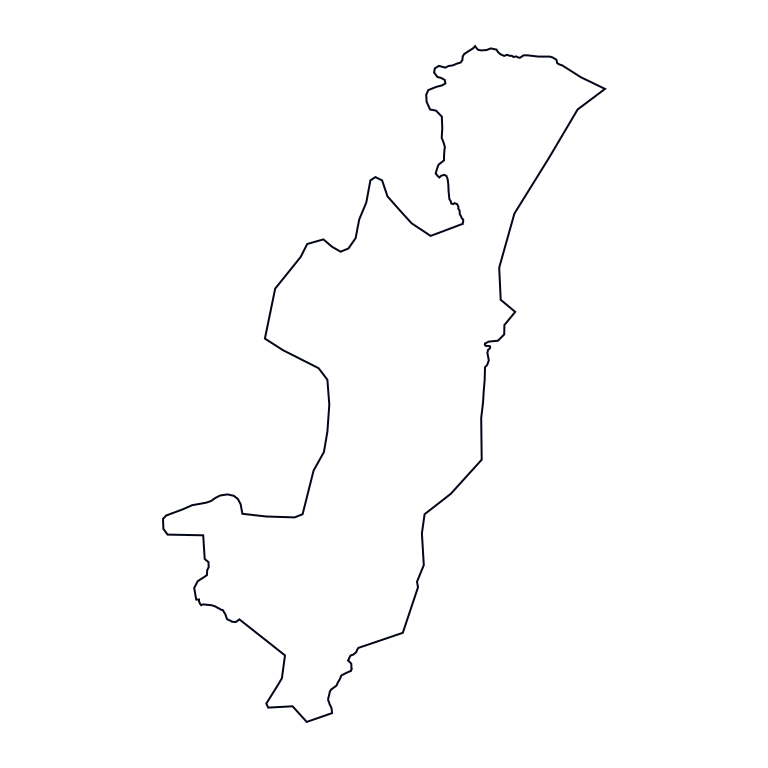 outline of Mopti, Mopti, Mali
{"feature_id": "8926073B6997954969747", "entity_name": "Mopti", "entity_type": "district", "adm_level": 2, "iso_a3": "MLI", "parent_name": "Mali", "parent_adm1": "Mopti", "projection": "natural_earth1", "projection_center": [-4.123, 14.758], "detail": "fine", "context": "isolated", "style": "outline", "palette": "ink", "viewbox_px": 768, "rotation_deg": 0, "n_neighbors": 0, "source": "geoboundaries", "source_scale": "gbopen_adm2", "svg_char_len": 3293}
<svg xmlns="http://www.w3.org/2000/svg" viewBox="0 0 768 768"><path d="M515.2,311.9L500.7,299.8L499.2,267.6L514.4,213.6L549.1,157.7L577.6,109.5L605.0,88.9L581.0,77.3L562.1,65.3L559.7,64.6L557.2,63.2L556.4,59.7L552.5,57.4L549.7,56.6L538.5,56.6L527.2,55.3L523.6,55.3L520.1,57.7L518.5,57.6L516.1,56.4L513.5,57.0L512.0,55.9L509.3,55.7L507.2,54.8L504.1,55.9L500.5,54.3L498.0,52.1L496.5,49.6L494.0,49.1L490.8,48.4L486.7,50.0L481.5,50.4L478.2,49.9L476.2,47.8L475.1,46.1L473.1,48.3L467.9,51.6L464.1,54.1L462.7,56.6L462.4,60.0L460.7,62.5L456.7,63.7L452.8,65.4L448.5,66.0L445.4,67.6L438.8,65.9L434.8,68.4L434.1,72.5L437.4,77.0L440.8,77.8L444.7,79.9L445.4,83.4L442.1,85.4L436.5,86.8L428.3,90.1L426.2,94.7L426.6,101.8L430.1,109.5L436.0,110.6L441.8,116.6L442.3,128.3L441.7,137.9L443.5,142.3L444.9,147.0L444.5,149.3L444.0,156.2L444.0,156.7L444.1,157.8L444.0,160.4L442.1,161.9L438.6,164.6L438.2,165.6L437.2,168.2L435.7,173.4L437.6,175.9L438.9,177.1L439.4,177.5L440.1,176.8L441.1,175.8L444.3,174.8L446.6,176.2L447.7,179.5L448.3,184.4L448.6,191.3L449.4,199.3L450.1,200.2L450.6,200.8L450.8,201.8L451.2,203.5L453.1,204.1L454.4,203.3L454.5,203.2L457.0,204.0L458.3,206.4L458.4,208.9L459.6,210.5L459.8,214.3L460.7,215.7L461.2,216.4L461.6,218.0L463.2,219.6L463.1,222.3L462.9,222.8L462.4,223.8L462.5,223.9L430.6,235.9L411.6,223.3L399.6,210.1L387.5,196.4L382.1,180.4L375.4,177.1L370.4,180.4L366.3,202.5L359.2,219.5L355.6,238.2L348.4,248.5L340.6,251.7L332.1,246.8L323.4,239.4L315.3,241.7L307.2,244.0L300.7,256.9L275.2,288.6L264.9,338.6L283.2,350.3L318.6,368.2L327.4,379.8L329.3,404.8L327.4,431.6L323.9,452.1L313.6,470.5L302.6,514.2L294.6,517.4L266.3,516.5L242.4,513.8L240.6,504.1L237.9,499.0L233.8,495.8L227.6,494.4L220.1,495.5L215.1,498.1L211.1,501.0L206.4,502.6L201.7,503.5L196.0,504.5L192.1,505.2L183.1,509.2L166.2,515.5L163.0,518.9L163.4,528.9L167.6,534.6L203.2,535.3L204.7,559.0L208.5,562.1L208.7,567.1L207.2,570.2L206.9,575.2L197.7,581.2L194.2,587.9L196.2,599.6L199.0,599.5L199.0,601.3L200.2,604.1L201.2,605.2L201.5,605.0L202.5,604.6L203.2,604.4L211.4,605.2L215.0,606.3L218.0,608.0L218.6,608.4L219.3,608.5L220.0,609.0L220.8,609.6L222.8,610.1L225.4,614.4L226.0,616.1L226.3,617.1L227.0,619.1L231.1,621.1L231.7,621.5L231.9,621.7L234.9,622.0L235.0,622.0L235.4,622.1L236.0,621.9L237.3,620.9L239.4,619.4L285.0,655.4L281.9,678.2L278.1,684.7L266.3,703.6L268.2,707.6L292.6,706.3L299.9,714.4L306.7,721.9L329.5,714.0L332.1,713.1L331.6,708.6L330.5,705.9L329.5,704.0L329.1,702.4L328.2,700.4L328.2,698.5L329.3,694.4L329.8,691.6L330.6,690.4L330.9,689.8L333.2,688.0L336.6,685.5L337.9,682.3L338.7,681.2L340.4,677.9L340.9,676.4L341.5,675.4L345.9,673.1L347.4,672.4L350.6,671.0L351.0,670.9L351.3,669.6L351.8,668.9L351.4,668.1L351.4,667.2L351.3,663.8L350.4,662.7L349.7,662.0L348.0,660.4L348.6,659.7L348.8,659.0L349.3,657.8L350.6,655.5L352.0,655.0L353.4,654.6L353.8,654.1L355.7,652.7L356.4,651.9L357.0,650.1L358.3,647.9L402.8,632.8L418.0,587.3L417.0,581.7L423.8,565.1L421.9,533.4L424.6,514.2L445.2,498.2L450.9,493.7L469.9,472.7L481.7,459.7L481.2,417.9L483.0,402.9L483.7,391.5L484.7,379.5L485.0,367.3L487.2,364.9L488.8,360.4L487.4,352.9L488.1,349.8L489.7,348.6L490.2,347.1L489.8,346.1L485.6,345.8L484.8,344.7L485.0,343.5L488.8,341.6L498.0,340.7L504.2,334.4L504.4,325.0L515.2,311.9Z" fill="none" stroke="#020617" stroke-width="2"/></svg>